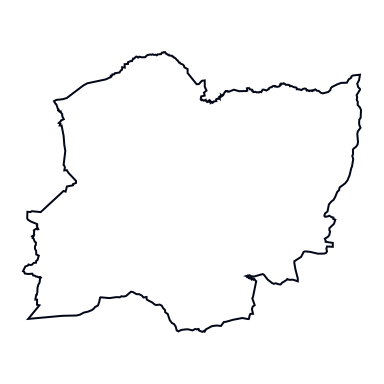 Khok Samrong, Lop Buri, Thailand (Albers equal-area conic projection)
{"feature_id": "78962969B63435084868089", "entity_name": "Khok Samrong", "entity_type": "district", "adm_level": 2, "iso_a3": "THA", "parent_name": "Thailand", "parent_adm1": "Lop Buri", "projection": "albers", "projection_center": [100.783, 15.056], "detail": "fine", "context": "isolated", "style": "outline", "palette": "ink", "viewbox_px": 384, "rotation_deg": 0, "n_neighbors": 0, "source": "geoboundaries", "source_scale": "gbopen_adm2", "svg_char_len": 5804}
<svg xmlns="http://www.w3.org/2000/svg" viewBox="0 0 384 384"><path d="M28.2,318.9L62.4,315.8L76.5,315.5L79.9,314.7L83.8,312.6L88.2,311.6L91.8,310.1L93.8,308.6L95.1,307.0L97.9,305.5L99.2,302.0L100.0,297.9L100.5,297.3L109.5,298.1L116.4,297.1L119.8,297.3L121.3,296.3L123.9,296.5L126.0,296.0L131.0,291.7L133.0,292.1L136.4,294.1L139.5,294.3L141.9,295.6L143.5,297.5L146.5,297.0L146.6,298.9L147.2,299.9L152.0,302.3L154.9,304.6L156.3,305.0L159.7,304.6L161.8,305.7L163.3,308.4L164.9,309.8L165.3,312.3L167.7,314.0L169.8,320.2L171.9,323.0L174.1,324.1L175.7,326.6L176.7,330.4L178.4,331.4L181.1,330.0L185.2,329.4L188.0,329.3L192.6,330.4L195.1,329.0L196.8,329.4L198.2,328.9L198.8,329.2L198.9,330.4L200.5,331.2L202.4,331.8L203.8,331.0L203.8,331.5L204.6,331.7L205.9,329.4L212.0,326.1L216.6,325.5L220.9,326.0L223.9,322.0L226.0,321.8L232.9,319.8L242.4,318.0L248.1,319.1L249.0,318.8L249.4,316.3L250.1,314.2L250.9,313.8L253.0,313.8L251.9,309.1L252.8,306.5L254.7,305.2L252.3,298.3L253.0,296.9L256.2,281.3L255.8,281.2L254.6,279.3L253.9,278.8L253.4,279.6L252.3,278.9L251.9,279.3L251.6,278.3L250.6,278.6L250.3,277.8L249.7,277.8L249.6,278.3L248.7,278.1L248.3,277.0L247.1,277.1L246.8,276.7L247.5,276.3L246.4,276.0L248.2,275.4L248.9,275.8L249.6,275.3L252.1,276.7L252.8,276.3L253.8,276.6L262.6,274.1L263.9,274.7L267.6,279.5L272.0,283.0L273.7,283.8L275.8,283.3L279.2,284.4L280.7,284.4L281.9,282.9L287.2,279.6L287.3,279.1L289.2,279.8L293.1,279.7L297.8,281.3L297.8,278.5L295.4,269.2L294.3,262.9L294.4,261.2L301.2,256.8L303.7,251.8L305.0,251.4L309.8,251.8L318.0,253.7L324.2,253.6L326.1,252.9L327.0,251.4L326.4,248.9L327.0,246.5L332.8,246.8L332.8,242.9L325.6,241.8L325.7,240.7L324.8,238.7L328.1,236.7L329.4,234.8L330.0,231.6L329.3,229.9L329.4,228.2L334.0,223.8L335.3,219.7L333.3,219.0L333.4,217.6L331.5,217.1L329.3,215.7L327.4,216.5L325.0,216.7L324.4,215.9L324.5,215.0L325.1,213.4L327.5,211.5L328.9,204.4L331.3,201.6L333.5,199.9L335.0,197.4L337.2,192.0L339.2,190.0L339.3,188.3L340.0,187.2L345.2,183.3L347.4,180.5L349.6,175.2L351.3,168.0L352.0,166.6L353.2,159.1L352.3,155.9L353.1,154.0L352.9,149.9L353.5,148.7L356.1,146.7L357.5,144.6L358.0,142.3L357.3,134.0L357.8,131.4L360.5,127.8L359.3,124.9L359.1,123.1L359.3,119.6L360.4,118.3L360.7,117.0L361.0,110.0L360.0,107.6L357.6,104.8L357.8,101.9L356.7,99.7L357.2,97.2L356.6,95.2L360.0,89.7L359.8,88.7L358.3,87.3L357.2,83.7L359.0,80.3L360.0,74.7L352.8,75.5L351.5,76.3L351.2,77.7L348.7,79.4L346.9,82.7L341.2,82.9L337.1,84.4L332.0,87.0L330.9,88.1L330.2,90.2L328.2,92.0L322.8,93.4L320.7,92.7L318.7,90.9L316.8,90.7L315.4,89.4L314.2,89.8L313.8,90.5L312.4,90.2L312.2,91.0L310.0,90.5L309.6,91.0L309.1,90.7L308.4,90.9L307.5,90.1L306.7,90.5L305.9,88.8L304.6,88.5L302.7,89.1L301.5,90.1L299.2,89.3L298.7,89.5L297.7,89.0L296.8,89.2L296.8,88.2L295.9,87.4L294.2,87.3L291.7,86.1L289.9,86.2L289.7,85.3L288.2,84.8L285.6,84.8L285.1,84.1L283.7,83.3L283.1,83.8L281.3,83.6L281.3,84.0L280.4,84.3L280.7,84.9L280.0,85.2L279.8,86.0L279.2,86.4L277.0,86.9L275.9,86.4L275.2,86.6L275.0,86.0L273.3,86.0L272.2,86.6L271.8,87.2L270.8,87.2L269.2,88.1L268.6,89.3L268.2,89.2L266.5,90.5L264.0,89.7L262.6,89.7L261.3,92.1L260.0,91.8L258.9,92.5L257.9,92.2L256.6,92.4L255.5,91.8L253.4,92.1L253.1,91.3L252.3,91.1L252.2,89.8L250.0,89.4L249.3,88.2L247.6,88.1L246.9,88.3L247.3,90.7L246.7,91.0L239.1,91.2L233.9,89.7L228.6,91.8L227.9,91.7L227.7,91.1L225.8,91.0L225.4,91.8L224.9,91.9L223.4,94.6L222.9,94.7L223.1,95.3L221.8,96.2L221.1,95.4L221.2,96.2L220.6,97.0L219.8,96.4L219.3,96.8L219.9,97.5L219.4,97.8L219.6,98.7L219.1,98.3L218.2,98.9L217.9,98.5L216.1,99.4L216.3,101.1L213.6,101.5L213.2,102.4L212.6,102.7L212.2,102.3L211.9,102.7L211.1,102.2L210.8,102.5L210.8,101.4L210.1,100.7L209.7,101.7L209.3,101.2L208.5,101.6L208.5,101.0L207.5,102.0L206.9,101.8L207.0,101.1L205.4,100.7L205.5,99.9L203.7,100.6L202.5,99.9L201.7,100.3L201.3,100.1L201.5,99.3L200.7,98.9L201.2,96.4L204.7,95.6L204.0,92.6L206.5,90.6L204.8,86.8L204.7,80.4L201.9,80.8L198.8,84.1L196.6,84.2L187.6,73.0L187.6,69.0L184.4,67.4L184.0,65.8L183.1,64.7L180.2,63.4L179.8,62.5L179.0,62.5L177.6,60.4L176.8,60.0L175.4,58.2L173.7,57.4L173.5,56.7L172.4,56.5L172.0,55.8L169.0,55.4L168.7,54.7L167.8,54.8L166.3,53.5L165.7,53.5L165.2,52.2L163.5,52.2L163.1,52.7L161.9,52.7L161.1,54.1L157.7,54.4L156.8,55.3L155.7,54.7L154.0,54.9L152.5,54.3L151.5,54.8L150.0,54.5L147.2,55.2L145.1,57.2L141.8,57.3L139.4,56.7L138.1,57.6L136.9,56.6L136.1,56.6L133.8,58.8L133.1,58.6L132.0,61.1L130.5,61.1L127.9,62.3L128.0,63.9L124.6,64.2L124.8,67.6L122.2,67.2L122.0,69.7L120.8,70.5L119.5,72.5L114.7,73.3L114.3,74.3L112.4,74.4L112.3,75.3L111.0,75.6L111.2,76.5L110.7,76.6L110.8,77.1L105.7,79.4L87.3,83.3L83.0,85.7L66.8,98.0L62.8,99.2L56.4,99.9L54.0,101.2L55.5,103.8L56.3,104.3L57.8,108.7L58.3,109.1L58.0,110.3L58.6,110.8L59.2,110.6L59.6,111.7L60.7,111.4L61.2,113.0L62.2,114.1L62.3,116.3L63.8,119.2L61.0,120.5L60.7,121.4L58.8,123.0L60.4,123.8L59.7,125.5L61.6,125.6L63.6,135.8L64.3,144.9L65.3,150.9L63.6,165.0L64.2,165.4L64.9,167.4L64.3,170.4L66.8,170.2L68.5,172.9L76.0,180.9L76.0,182.9L73.0,184.2L73.0,185.3L66.9,186.5L65.6,191.6L63.5,191.0L40.7,212.1L31.9,211.2L30.5,212.0L27.4,211.8L27.2,218.2L27.9,219.7L31.0,221.6L37.2,224.1L37.2,225.6L36.8,226.0L38.2,229.2L37.2,229.3L36.3,228.7L34.2,230.0L33.8,230.7L34.2,231.5L33.9,233.2L34.2,235.0L33.6,236.1L32.8,235.8L32.0,236.3L32.8,237.2L32.6,238.0L33.5,238.4L34.7,241.6L35.9,242.5L35.8,245.0L35.1,246.0L34.9,247.8L35.1,249.1L36.1,250.8L36.3,254.5L38.8,255.6L37.5,260.0L36.2,260.9L36.0,262.7L33.7,262.9L31.9,264.8L30.3,265.0L28.5,264.5L27.8,265.6L25.3,266.5L23.0,271.2L24.2,271.8L24.8,273.5L28.4,274.0L32.3,273.7L33.1,275.4L34.7,275.6L35.9,276.6L36.9,276.5L38.5,277.3L40.0,276.9L40.9,277.6L40.0,278.8L39.6,282.5L38.4,284.6L37.5,287.7L37.4,291.8L36.7,294.9L36.2,294.9L35.3,299.6L37.1,299.7L37.0,304.7L39.4,305.3L28.2,318.9Z" fill="none" stroke="#020617" stroke-width="2"/></svg>